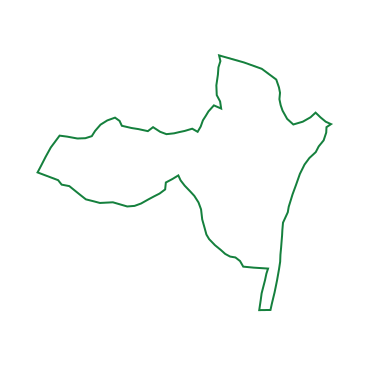 Maracanaú, Ceará, Brazil, rotated 80°
{"feature_id": "56859067B10151614231833", "entity_name": "Maracanaú", "entity_type": "district", "adm_level": 2, "iso_a3": "BRA", "parent_name": "Brazil", "parent_adm1": "Ceará", "projection": "orthographic", "projection_center": [-38.623, -3.885], "detail": "fine", "context": "isolated", "style": "outline", "palette": "green", "viewbox_px": 384, "rotation_deg": 80, "n_neighbors": 0, "source": "geoboundaries", "source_scale": "gbopen_adm2", "svg_char_len": 1630}
<svg xmlns="http://www.w3.org/2000/svg" viewBox="0 0 384 384"><g transform="rotate(80 192 192)"><path d="M62.2,141.6L68.0,141.3L73.8,144.3L80.9,146.1L91.2,149.5L100.9,150.8L107.7,148.6L114.9,148.8L110.5,155.4L115.5,161.8L119.4,165.2L123.3,168.8L129.1,172.1L133.7,176.0L129.7,180.8L130.6,188.6L130.8,194.3L131.1,199.5L130.6,207.1L127.2,212.9L121.4,219.1L124.4,224.9L120.8,233.7L118.5,240.4L114.6,249.6L109.4,251.0L105.4,254.9L106.8,263.0L109.8,270.4L115.0,276.8L119.6,281.0L120.5,287.7L119.4,295.6L115.8,305.3L113.5,312.6L123.6,323.3L131.9,330.0L140.1,336.2L145.9,340.7L157.1,321.8L162.1,319.1L164.9,311.8L175.2,302.8L180.8,297.8L184.2,290.2L186.8,284.6L188.4,271.7L195.0,258.3L195.7,251.0L194.5,244.2L191.7,236.2L189.8,230.4L187.9,224.2L184.8,218.0L178.1,216.1L175.9,209.3L173.3,202.6L178.6,201.2L184.5,198.1L191.2,193.6L196.2,190.4L203.4,187.4L210.7,186.1L220.8,186.7L229.8,185.8L236.4,185.2L241.4,183.3L248.4,178.6L254.2,173.6L258.7,170.1L262.2,165.7L264.0,160.6L268.3,156.7L274.4,154.5L277.2,144.4L280.6,130.4L285.3,132.9L291.5,135.4L303.8,141.0L310.7,143.2L320.0,146.3L321.8,135.2L315.5,132.6L305.2,128.1L300.4,126.2L293.8,123.6L288.3,121.6L283.1,119.7L276.0,117.3L269.1,115.8L262.2,113.9L256.0,112.3L250.3,110.8L245.1,109.6L238.0,107.7L228.6,101.2L223.3,99.3L216.9,96.0L211.8,93.4L203.2,88.4L192.9,82.6L184.5,76.4L178.9,70.5L174.2,63.2L169.1,59.3L164.0,53.4L156.8,49.5L151.5,48.3L149.3,43.3L146.0,48.1L140.8,52.5L135.3,56.5L139.0,62.3L142.0,70.7L143.1,80.5L136.5,85.6L127.6,88.7L121.9,89.6L115.8,89.8L109.6,88.1L104.1,88.2L95.9,89.5L82.8,101.9L73.4,118.4L62.2,141.6Z" fill="none" stroke="#15803d" stroke-width="2"/></g></svg>